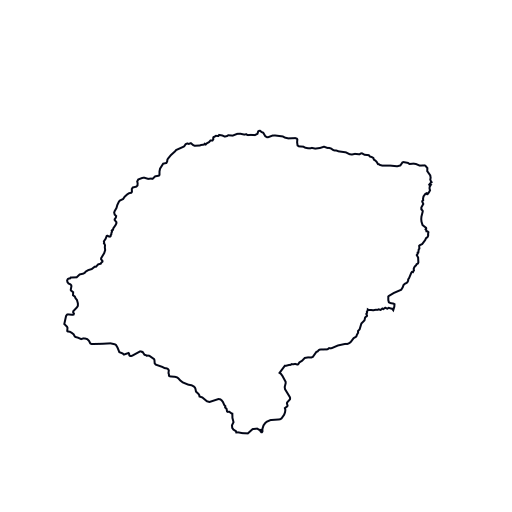 outline of Mecuburi, Nampula, Mozambique, rotated 38°
{"feature_id": "85939544B36345946298130", "entity_name": "Mecuburi", "entity_type": "district", "adm_level": 2, "iso_a3": "MOZ", "parent_name": "Mozambique", "parent_adm1": "Nampula", "projection": "orthographic", "projection_center": [38.95, -14.45], "detail": "fine", "context": "isolated", "style": "outline", "palette": "ink", "viewbox_px": 512, "rotation_deg": 38, "n_neighbors": 0, "source": "geoboundaries", "source_scale": "gbopen_adm2", "svg_char_len": 6138}
<svg xmlns="http://www.w3.org/2000/svg" viewBox="0 0 512 512"><g transform="rotate(38 256 256)"><path d="M348.9,89.7L347.9,89.5L346.2,88.4L345.5,86.9L343.7,85.2L338.7,83.7L336.9,81.2L333.9,80.6L333.1,80.8L329.3,84.0L325.5,85.0L323.3,86.2L320.3,89.0L318.4,89.1L314.4,91.2L313.8,92.1L314.0,95.8L312.0,98.4L306.3,102.0L299.9,107.0L297.5,108.0L296.4,108.0L295.6,108.5L293.0,107.5L291.1,107.3L289.6,107.5L288.1,106.5L286.2,106.8L284.5,107.5L282.8,107.1L279.2,109.4L276.2,109.9L275.6,110.5L274.9,112.2L271.1,114.6L269.1,117.0L267.0,118.2L263.0,119.0L256.6,122.7L254.4,123.4L252.7,124.6L251.3,125.0L249.0,125.1L247.1,125.8L245.7,126.9L242.3,128.0L240.0,131.4L236.6,134.9L233.5,136.4L232.4,137.8L230.6,139.1L228.0,140.4L226.0,140.7L222.3,143.2L220.7,143.3L218.4,141.1L216.8,138.7L216.0,138.4L215.3,138.6L214.4,138.9L209.1,143.4L205.9,144.9L203.5,145.3L196.8,149.3L194.9,150.9L192.5,154.8L191.6,155.6L189.6,155.9L185.8,154.4L184.1,154.9L182.2,154.8L181.5,155.3L181.0,156.4L181.9,158.8L180.7,161.4L177.3,163.8L175.3,165.6L174.6,166.0L173.4,166.0L172.1,167.5L168.4,169.3L166.0,171.3L163.5,175.5L159.8,177.9L159.4,179.2L157.9,181.1L155.2,181.8L152.4,183.3L152.5,184.6L150.3,186.1L149.9,187.7L149.4,188.2L149.3,188.6L149.7,189.5L150.5,190.3L150.6,191.8L149.0,193.0L148.9,195.1L147.8,197.7L147.7,199.1L146.5,199.1L146.4,200.3L144.4,202.3L143.7,203.5L139.8,206.9L138.2,207.3L135.2,207.2L134.0,209.1L132.6,209.6L131.7,211.2L131.9,213.7L131.6,214.5L127.8,221.7L127.8,223.2L126.8,229.0L126.7,233.6L126.9,234.7L127.8,236.2L128.1,237.9L126.0,240.4L126.6,246.2L127.9,248.8L130.0,251.5L130.0,252.5L127.5,255.3L127.0,258.8L126.7,259.1L125.6,259.6L123.6,261.6L119.5,263.2L118.2,264.7L116.1,268.2L116.5,270.4L117.9,271.5L119.2,273.4L119.0,275.0L116.7,277.9L116.9,279.7L118.7,281.8L118.8,282.9L117.3,284.7L116.6,286.7L116.0,290.2L116.2,292.9L114.6,296.1L114.5,297.5L115.3,301.2L116.5,304.1L117.0,307.7L117.5,309.1L119.2,310.4L121.2,310.6L121.9,312.0L122.0,314.1L122.4,314.6L125.2,315.3L125.9,316.3L126.3,318.2L126.5,322.0L127.2,323.4L126.7,324.1L126.7,324.9L127.6,325.5L127.9,326.9L128.7,328.1L128.7,329.1L129.2,329.8L129.1,330.5L128.4,331.1L126.4,331.5L126.0,332.1L126.9,335.0L127.1,338.1L128.0,338.8L128.4,339.7L129.5,339.9L130.5,340.6L131.5,342.2L133.5,344.2L134.6,347.2L135.3,353.0L135.9,353.9L138.2,354.5L138.5,355.1L138.2,356.5L138.4,357.7L136.8,359.7L136.5,363.0L135.5,363.7L134.6,367.4L132.5,370.4L131.4,373.2L131.4,374.7L130.7,376.3L128.4,379.1L127.8,383.2L123.2,387.1L123.3,388.1L122.3,389.1L121.9,390.0L122.2,391.5L123.4,392.6L125.2,393.1L127.2,392.6L128.4,392.8L129.1,393.4L130.9,396.8L131.5,397.1L134.2,397.1L136.0,399.6L138.2,399.5L139.8,400.4L142.0,400.9L144.8,403.0L146.0,404.5L146.4,405.3L146.5,406.8L146.0,412.0L146.5,412.9L148.0,413.5L148.3,414.5L147.5,415.4L143.7,417.8L143.2,418.5L143.2,419.5L143.3,420.3L146.8,427.6L150.7,428.1L151.7,428.7L153.4,431.3L154.0,431.4L156.0,430.3L158.0,430.0L160.5,430.0L162.5,430.9L163.5,431.0L165.9,430.0L169.4,429.1L170.7,427.2L172.4,426.1L174.3,425.4L176.7,425.7L179.2,426.9L180.3,426.7L180.9,426.4L188.7,420.0L195.1,414.4L199.1,412.5L200.4,412.3L203.2,413.4L207.5,415.9L210.9,414.9L212.6,415.0L215.3,410.9L216.2,411.2L217.4,412.3L218.3,412.3L219.2,411.7L219.9,410.6L223.4,402.5L224.4,401.9L225.1,401.9L225.6,401.4L229.0,402.5L230.3,401.9L231.3,401.9L232.1,401.0L233.4,400.3L239.1,400.0L240.0,400.5L242.3,403.0L243.9,403.3L250.4,401.1L253.0,400.6L254.9,399.5L256.4,399.3L257.7,399.8L259.1,402.1L260.4,403.0L261.1,403.9L261.7,404.0L262.7,403.6L266.5,401.1L268.4,400.3L270.1,400.2L272.9,400.7L276.1,400.7L281.8,399.1L284.9,397.5L287.4,397.1L288.9,397.3L290.1,398.0L292.2,399.8L295.6,400.1L296.8,400.5L298.0,401.5L300.8,400.5L306.7,400.7L309.2,399.7L314.5,391.8L316.2,390.9L317.8,390.9L319.8,391.4L322.8,393.0L324.3,393.2L325.0,394.4L326.8,394.5L328.9,396.3L329.6,396.3L330.8,395.2L333.7,395.1L334.4,394.8L337.1,398.1L340.6,400.8L341.3,404.2L343.1,406.1L345.1,406.7L348.1,406.4L349.1,407.2L350.6,405.9L354.3,404.0L358.8,400.8L359.9,394.5L363.2,391.3L365.6,391.0L366.6,390.3L367.3,391.3L368.7,391.6L369.2,391.2L369.1,390.3L367.5,388.3L366.2,384.8L366.1,381.9L366.5,380.0L368.4,376.4L374.9,370.5L375.7,369.5L376.1,368.2L375.9,363.8L375.1,361.3L373.9,359.2L372.4,358.1L373.2,355.2L372.9,354.4L371.2,353.2L370.7,352.3L371.0,348.0L370.3,346.9L369.4,346.3L360.9,343.1L359.3,341.6L357.7,338.0L356.8,336.9L350.6,334.2L348.1,333.5L346.5,333.6L346.3,324.7L347.1,324.2L349.2,321.4L350.3,320.5L350.6,319.3L351.9,318.5L353.3,316.9L355.4,316.1L355.9,315.4L355.7,313.1L356.8,310.2L357.2,306.3L359.5,303.8L362.0,302.0L362.9,300.5L362.6,294.3L363.3,293.4L363.4,291.5L364.0,290.3L369.4,285.9L369.9,285.2L370.3,283.6L371.7,282.8L372.5,281.8L375.7,276.0L380.2,270.6L382.2,269.0L383.2,267.1L383.6,265.2L383.5,260.6L384.5,258.2L384.5,257.3L384.0,255.9L383.7,253.6L382.6,252.3L382.8,250.0L380.6,244.3L381.1,239.9L379.9,237.4L379.9,236.5L380.4,235.2L380.0,234.4L378.6,233.8L378.5,232.4L377.7,231.7L377.5,230.0L377.0,229.3L378.0,229.2L379.9,227.7L381.8,226.6L383.4,224.7L385.1,223.4L385.5,222.5L387.4,221.8L387.9,219.6L389.0,219.5L389.7,217.2L391.9,216.7L392.5,215.1L395.0,214.2L395.6,213.7L397.5,214.2L396.2,210.8L394.8,208.7L393.6,208.9L391.0,210.3L389.2,210.7L387.4,209.3L385.2,206.5L385.2,205.9L387.4,200.2L391.2,193.2L390.9,190.4L390.1,188.0L390.4,186.2L391.3,184.4L391.4,183.3L391.1,181.8L390.3,180.7L390.3,179.4L388.7,173.6L388.7,172.5L389.6,172.1L389.3,171.3L389.4,170.2L388.2,169.1L387.7,167.6L387.6,166.1L387.9,164.9L387.6,163.6L388.2,162.2L387.9,161.1L384.7,157.4L382.1,156.3L382.0,154.5L381.3,153.8L381.7,153.2L380.2,150.7L380.2,149.6L378.3,147.5L378.4,146.7L379.6,144.3L379.5,139.3L379.0,137.2L379.5,135.8L379.4,134.8L378.8,133.4L378.2,133.0L377.2,131.1L376.0,131.0L375.1,131.6L374.1,130.7L373.2,130.6L373.1,129.4L372.7,129.1L368.2,129.1L365.2,127.0L363.5,125.2L362.1,123.1L360.0,118.3L359.4,117.7L357.7,117.5L357.6,117.1L356.8,116.6L356.4,115.9L355.8,112.0L353.5,110.8L353.2,110.2L353.4,109.1L352.4,108.1L351.3,105.9L351.2,102.8L351.8,101.5L352.6,102.0L353.1,101.7L353.1,99.5L352.7,97.1L351.3,96.1L350.3,94.7L350.0,92.6L349.3,93.2L348.6,93.2L348.5,91.9L348.9,89.7Z" fill="none" stroke="#020617" stroke-width="2"/></g></svg>